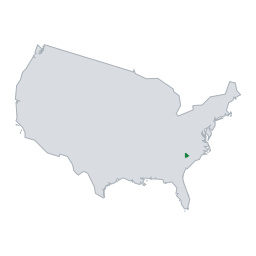 location of Lancaster, South Carolina, United States of America
{"feature_id": "52423323B10055621117527", "entity_name": "Lancaster", "entity_type": "district", "adm_level": 2, "iso_a3": "USA", "parent_name": "United States of America", "parent_adm1": "South Carolina", "projection": "orthographic", "projection_center": [-80.794, 34.767], "detail": "fine", "context": "in_parent", "style": "filled", "palette": "green", "viewbox_px": 256, "rotation_deg": 0, "n_neighbors": 0, "source": "geoboundaries", "source_scale": "gbopen_adm2", "svg_char_len": 4209}
<svg xmlns="http://www.w3.org/2000/svg" viewBox="0 0 256 256"><path d="M210.2,96.9L225.2,94.2L229.7,81.6L235.4,83.0L236.7,90.4L240.6,94.9L235.2,97.4L235.1,98.8L233.9,97.2L232.9,100.3L228.7,102.8L226.4,110.6L229.4,113.5L231.1,112.9L230.4,111.6L231.1,112.2L231.4,113.7L226.5,115.3L225.3,113.7L225.0,116.0L219.2,117.1L215.0,120.4L215.4,118.6L214.9,117.6L213.9,121.7L215.2,122.3L215.0,125.8L212.3,130.4L208.9,127.8L210.7,124.9L208.6,127.0L209.6,130.0L211.1,131.7L211.4,133.7L207.8,141.0L208.8,136.5L205.6,132.4L207.4,127.8L204.5,129.3L205.8,135.8L202.8,134.0L201.8,134.2L202.6,132.1L202.5,131.5L201.6,133.1L201.6,134.5L206.2,136.9L205.2,138.1L203.1,135.9L202.4,135.5L205.0,138.2L206.1,138.7L205.5,140.4L204.1,139.2L206.3,141.6L205.8,142.0L204.7,140.8L201.9,140.3L205.4,142.6L207.6,142.4L210.0,148.4L207.9,143.8L208.7,146.8L204.5,146.4L207.6,149.3L209.0,148.3L207.2,151.2L203.2,150.4L205.7,151.7L203.7,153.2L206.2,154.1L201.7,154.9L199.4,159.4L195.2,160.7L187.1,168.9L186.0,168.0L182.9,175.4L182.6,177.2L183.8,182.9L189.8,199.6L187.6,208.4L184.5,208.9L181.4,204.2L180.9,200.2L176.5,195.7L178.1,193.7L175.9,193.7L176.9,187.9L171.9,182.0L164.0,183.0L162.7,179.6L155.0,178.9L156.1,177.6L154.6,178.8L151.1,179.2L151.2,176.6L150.5,178.4L139.9,178.0L144.3,179.7L142.6,182.0L145.8,184.6L144.0,185.7L140.4,182.2L140.0,184.6L134.8,183.1L132.2,179.7L130.3,181.0L123.0,177.8L118.3,180.5L119.5,179.7L117.2,178.5L115.5,182.4L110.6,184.4L111.8,183.8L108.9,182.9L109.7,184.4L106.0,185.6L104.0,189.9L102.5,188.9L103.7,190.3L103.4,194.5L104.5,197.3L103.4,198.0L95.4,193.3L94.4,186.9L87.6,173.0L83.4,171.4L78.3,175.1L73.8,170.8L72.6,164.7L67.4,156.4L59.9,154.2L59.2,156.6L47.3,152.9L34.6,140.2L25.0,137.4L25.1,132.8L22.6,127.3L16.0,120.8L17.0,118.0L16.0,102.4L16.7,101.2L17.3,103.5L17.7,100.3L20.4,101.4L15.4,99.3L16.6,85.6L20.4,79.9L22.5,72.4L26.0,68.7L33.4,56.5L35.4,58.0L33.3,56.0L35.9,53.1L35.0,52.7L37.5,44.9L42.1,48.9L39.0,52.0L42.2,50.3L40.4,53.3L38.7,53.4L39.5,54.0L41.2,53.3L43.3,50.3L44.5,44.7L133.6,72.0L134.0,69.9L135.3,73.6L146.0,78.7L157.8,78.4L173.1,88.9L173.6,91.5L179.1,95.7L180.6,105.6L176.2,113.5L178.1,116.1L193.3,109.8L192.7,106.1L194.0,105.5L202.2,105.0L210.2,96.9ZM221.1,118.6L223.6,117.9L214.9,121.0L222.0,117.6L221.1,118.6ZM43.2,47.9L42.9,50.2L42.6,50.5L42.5,48.5L43.2,47.9ZM104.5,196.5L103.8,192.7L104.2,190.6L104.1,192.8L104.5,196.5ZM235.9,97.6L236.0,98.7L235.6,98.5L235.9,97.6ZM132.2,180.8L132.3,181.7L131.6,180.9L132.2,180.8ZM17.7,125.4L18.8,125.4L18.8,125.6L17.7,125.4ZM16.9,124.7L16.3,125.1L16.2,124.5L16.9,124.7ZM228.8,115.2L228.1,116.0L227.9,115.9L228.8,115.2ZM105.1,188.8L104.2,190.4L106.2,187.4L105.1,188.8ZM188.1,194.1L189.2,197.4L187.8,193.8L188.1,194.1ZM21.4,130.1L21.5,131.1L21.3,130.1L21.4,130.1ZM188.2,208.9L187.2,209.9L188.8,207.7L188.2,208.9ZM210.5,150.5L209.5,151.8L210.2,148.7L210.5,150.5ZM43.4,46.0L43.1,46.5L43.0,46.1L43.4,46.0ZM109.7,185.1L107.9,185.6L109.7,184.9L109.7,185.1ZM231.2,115.3L231.2,116.1L230.5,116.0L231.2,115.3ZM20.5,132.4L20.5,133.6L20.4,132.5L20.5,132.4ZM107.4,186.1L106.7,186.4L107.4,185.9L107.4,186.1ZM211.1,135.1L210.1,136.8L211.2,134.4L211.1,135.1ZM117.7,181.1L116.5,181.6L118.2,180.7L117.7,181.1ZM183.1,176.3L182.8,177.7L182.7,176.7L183.1,176.3ZM206.5,154.3L206.2,154.6L207.2,153.5L206.5,154.3ZM166.8,182.9L165.5,183.5L164.9,183.4L166.8,182.9ZM150.6,178.9L150.4,179.1L149.6,179.0L150.6,178.9ZM179.4,200.4L179.6,201.3L179.2,200.2L179.4,200.4ZM147.1,180.6L146.8,181.4L146.9,179.9L147.1,180.6ZM185.1,211.2L184.3,211.3L185.4,211.0L185.1,211.2ZM214.8,126.4L214.4,127.3L214.9,126.0L214.8,126.4ZM208.7,152.1L208.3,152.4L208.2,152.4L208.7,152.1Z" fill="#d9dde1" stroke="#a8b0b8" stroke-width="1"/><path d="M187.9,155.8L187.7,155.7L187.6,155.4L187.5,155.2L187.3,155.0L187.2,154.9L187.1,154.7L186.9,154.7L186.7,154.7L186.4,154.7L186.2,154.7L186.1,154.2L186.0,153.9L185.9,153.8L185.9,153.6L185.7,153.4L185.6,153.2L185.6,153.4L185.6,153.5L185.6,153.8L185.7,154.0L185.7,154.4L185.7,154.5L185.7,154.8L185.7,155.0L185.7,155.3L185.8,155.4L185.6,155.5L185.6,155.9L185.7,156.0L185.7,156.5L186.3,156.2L186.3,156.4L186.3,156.6L186.5,156.4L186.6,156.5L186.8,156.5L187.0,156.5L187.2,156.4L187.3,156.4L187.2,156.1L187.9,155.8Z" fill="#22c55e" stroke="#15803d" stroke-width="1.5"/></svg>